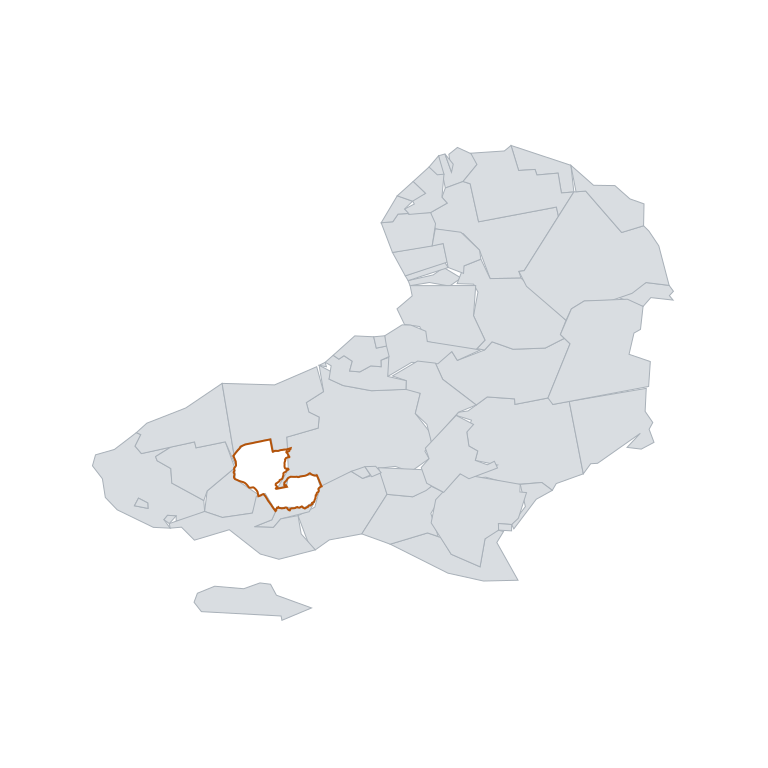 location of Zambia within Africa, rotated 79°
{"feature_id": "ZMB", "entity_name": "Zambia", "entity_type": "country or territory", "adm_level": 0, "iso_a3": "ZMB", "parent_name": "Africa", "parent_adm1": "", "projection": "equal_earth", "projection_center": [28.807, -13.118], "detail": "fine", "context": "in_parent", "style": "outline", "palette": "amber", "viewbox_px": 768, "rotation_deg": 79, "n_neighbors": 49, "source": "natural_earth", "source_scale": "50m", "svg_char_len": 14595}
<svg xmlns="http://www.w3.org/2000/svg" viewBox="0 0 768 768"><g transform="rotate(79 384 384)"><path d="M492.9,402.1L526.9,434.4L526.6,467.4L533.7,483.1L528.5,488.1L496.8,493.5L491.7,475.4L472.5,466.1L465.3,450.4L463.5,432.9L472.6,423.0L470.5,403.7L492.9,402.1Z" fill="#d9dde1" stroke="#a8b0b8" stroke-width="1"/><path d="M231.7,161.0L230.3,173.4L210.2,172.9L208.0,194.0L202.2,194.8L200.1,211.1L174.1,213.8L205.0,158.8L231.7,161.0Z" fill="#d9dde1" stroke="#a8b0b8" stroke-width="1"/><path d="M463.5,432.9L472.5,466.1L459.6,467.7L457.3,495.8L465.3,499.1L465.8,508.4L449.6,494.2L417.6,489.7L414.7,457.0L404.2,454.0L397.3,463.1L387.4,463.8L379.9,444.8L353.3,444.1L362.3,432.9L368.7,437.0L377.7,424.5L388.2,397.6L394.1,357.4L400.1,350.2L418.9,358.9L439.8,348.3L450.9,348.5L457.7,356.7L465.9,354.0L475.3,374.8L467.0,388.7L463.5,432.9Z" fill="#d9dde1" stroke="#a8b0b8" stroke-width="1"/><path d="M542.4,408.5L538.5,369.7L545.8,357.2L564.0,350.5L581.8,324.6L555.3,314.4L548.0,302.4L551.6,294.8L561.1,303.5L602.2,289.9L596.4,323.9L581.9,357.3L542.4,408.5Z" fill="#d9dde1" stroke="#a8b0b8" stroke-width="1"/><path d="M526.9,434.4L492.9,402.1L500.2,377.3L493.5,357.0L501.8,346.1L520.0,362.7L544.0,359.9L538.5,369.7L542.4,408.5L526.9,434.4Z" fill="#d9dde1" stroke="#a8b0b8" stroke-width="1"/><path d="M432.9,322.6L428.1,318.8L425.9,316.3L426.5,306.6L416.4,285.1L423.5,258.7L429.0,259.3L429.1,222.2L436.3,222.2L436.4,205.5L510.2,205.5L514.6,233.9L520.5,239.1L510.8,247.9L507.5,276.8L494.9,301.9L493.2,318.7L485.2,288.0L476.4,309.0L467.7,304.8L461.1,312.5L447.0,311.9L436.2,305.0L428.6,319.2L432.9,322.6Z" fill="#d9dde1" stroke="#a8b0b8" stroke-width="1"/><path d="M429.0,225.7L429.0,259.3L423.5,258.7L416.4,285.1L422.2,297.5L390.6,325.5L373.3,329.6L365.1,311.2L374.8,307.5L369.8,278.8L363.2,269.9L374.5,250.7L379.5,218.9L373.6,198.3L380.0,193.7L429.0,225.7Z" fill="#d9dde1" stroke="#a8b0b8" stroke-width="1"/><path d="M384.5,636.4L387.3,632.4L397.5,640.2L406.0,635.4L405.2,605.2L411.7,622.1L416.1,621.3L426.3,609.4L440.8,611.2L464.0,583.1L474.9,584.4L479.4,602.0L478.7,614.1L473.8,613.2L471.6,621.5L475.2,625.9L484.7,621.4L480.7,637.8L456.6,669.9L442.2,679.2L423.3,678.5L408.7,685.8L398.5,680.7L396.8,661.1L384.5,636.4ZM461.1,639.4L455.7,638.6L449.2,646.8L455.9,652.2L461.1,639.4Z" fill="#d9dde1" stroke="#a8b0b8" stroke-width="1"/><path d="M461.1,639.4L455.9,652.2L449.2,646.8L455.7,638.6L461.1,639.4Z" fill="#d9dde1" stroke="#a8b0b8" stroke-width="1"/><path d="M474.9,584.4L455.2,578.0L437.8,546.5L449.0,548.2L469.4,527.6L485.6,537.8L484.2,568.1L474.9,584.4Z" fill="#d9dde1" stroke="#a8b0b8" stroke-width="1"/><path d="M464.0,583.1L440.8,611.2L426.3,609.4L416.1,621.3L411.7,622.1L405.2,605.2L404.7,581.0L410.8,580.7L410.5,550.8L437.8,546.5L455.2,578.0L464.0,583.1Z" fill="#d9dde1" stroke="#a8b0b8" stroke-width="1"/><path d="M404.7,581.0L406.0,635.4L397.5,640.2L387.3,632.4L384.5,636.4L377.2,624.3L369.7,583.2L352.5,542.8L436.6,545.1L410.5,550.8L410.8,580.7L404.7,581.0Z" fill="#d9dde1" stroke="#a8b0b8" stroke-width="1"/><path d="M170.9,276.5L165.8,266.8L176.4,252.1L186.3,250.9L200.3,267.8L203.3,286.4L170.4,286.9L169.8,280.3L189.0,277.3L170.9,276.5Z" fill="#d9dde1" stroke="#a8b0b8" stroke-width="1"/><path d="M203.3,286.4L200.3,267.8L203.9,261.2L242.8,260.2L243.2,181.0L252.6,180.8L299.5,224.8L299.2,230.1L306.2,229.3L300.8,259.7L270.8,264.7L251.5,277.5L241.5,304.1L224.6,305.6L218.5,287.5L211.7,291.5L203.3,286.4Z" fill="#d9dde1" stroke="#a8b0b8" stroke-width="1"/><path d="M174.1,213.8L200.1,211.1L202.2,194.8L208.0,194.0L210.2,172.9L230.3,173.4L231.7,161.0L252.6,180.8L243.2,181.0L242.8,260.2L203.9,261.2L200.3,267.8L186.3,250.9L174.0,254.8L178.2,221.4L174.1,213.8Z" fill="#d9dde1" stroke="#a8b0b8" stroke-width="1"/><path d="M292.4,339.6L287.1,340.6L286.3,314.8L281.0,303.3L294.7,288.1L300.4,301.0L293.0,320.2L292.4,339.6Z" fill="#d9dde1" stroke="#a8b0b8" stroke-width="1"/><path d="M373.6,198.3L379.5,218.9L374.5,250.7L363.2,269.9L369.8,278.8L367.0,286.0L360.2,276.5L334.1,283.1L311.7,274.2L303.1,277.0L299.4,293.1L283.3,282.9L279.9,265.1L300.8,259.7L306.2,229.3L356.2,193.2L369.1,201.4L373.6,198.3Z" fill="#d9dde1" stroke="#a8b0b8" stroke-width="1"/><path d="M292.4,339.6L304.9,275.2L334.1,283.1L360.2,276.5L369.4,289.4L350.6,333.4L334.4,338.0L329.5,352.5L312.7,356.9L302.9,339.5L292.4,339.6Z" fill="#d9dde1" stroke="#a8b0b8" stroke-width="1"/><path d="M369.0,282.8L374.8,307.5L365.1,311.2L374.4,327.2L368.0,352.8L377.3,378.9L336.8,374.1L329.4,354.9L331.3,346.4L340.2,332.9L350.6,333.4L369.0,282.8Z" fill="#d9dde1" stroke="#a8b0b8" stroke-width="1"/><path d="M281.9,298.8L287.1,340.6L281.9,342.5L275.8,301.3L281.9,298.8Z" fill="#d9dde1" stroke="#a8b0b8" stroke-width="1"/><path d="M276.4,298.6L281.9,342.5L256.5,350.6L257.4,299.1L276.4,298.6Z" fill="#d9dde1" stroke="#a8b0b8" stroke-width="1"/><path d="M224.6,305.6L236.4,302.8L257.7,310.4L256.5,350.6L225.2,356.0L226.4,344.4L219.9,337.8L224.6,305.6Z" fill="#d9dde1" stroke="#a8b0b8" stroke-width="1"/><path d="M189.5,285.1L211.7,291.5L218.5,287.5L224.6,305.6L222.3,327.3L216.2,330.5L213.1,319.9L208.2,321.6L204.8,306.9L190.8,316.8L179.6,298.4L189.5,285.1Z" fill="#d9dde1" stroke="#a8b0b8" stroke-width="1"/><path d="M170.4,286.9L189.5,285.1L188.8,291.8L179.6,298.4L170.4,286.9Z" fill="#d9dde1" stroke="#a8b0b8" stroke-width="1"/><path d="M221.2,327.3L219.9,337.8L226.4,344.4L225.2,356.0L201.8,335.1L210.0,321.1L216.2,330.5L221.2,327.3Z" fill="#d9dde1" stroke="#a8b0b8" stroke-width="1"/><path d="M190.8,316.8L204.8,306.9L210.0,321.1L201.8,335.1L190.8,316.8Z" fill="#d9dde1" stroke="#a8b0b8" stroke-width="1"/><path d="M241.5,304.1L249.7,279.6L270.8,264.7L279.9,265.1L283.3,282.9L290.6,284.8L281.9,298.8L257.4,299.1L257.7,310.4L241.5,304.1Z" fill="#d9dde1" stroke="#a8b0b8" stroke-width="1"/><path d="M450.9,348.5L431.8,349.6L418.9,358.9L400.1,350.2L393.5,363.5L385.0,361.5L377.7,374.2L367.9,346.6L373.3,329.6L390.6,325.5L422.2,297.5L425.9,316.3L450.9,348.5Z" fill="#d9dde1" stroke="#a8b0b8" stroke-width="1"/><path d="M393.5,363.5L388.2,397.6L377.7,424.5L368.7,437.0L356.0,432.4L351.5,437.6L346.1,428.4L351.0,423.6L348.6,417.9L355.6,410.8L364.7,415.3L367.5,405.4L363.7,393.5L366.5,383.5L360.1,382.5L358.8,374.2L377.3,378.9L385.0,361.5L393.5,363.5Z" fill="#d9dde1" stroke="#a8b0b8" stroke-width="1"/><path d="M347.2,374.3L358.0,373.7L360.1,382.5L366.5,383.5L363.7,393.5L367.5,405.4L364.7,415.3L355.6,410.8L348.6,417.9L351.0,423.6L346.1,428.4L331.2,403.5L335.7,385.1L347.3,384.7L347.2,374.3Z" fill="#d9dde1" stroke="#a8b0b8" stroke-width="1"/><path d="M336.8,374.1L347.2,374.3L347.3,384.7L335.7,385.1L336.8,374.1Z" fill="#d9dde1" stroke="#a8b0b8" stroke-width="1"/><path d="M485.4,473.8L495.1,481.8L496.7,511.1L503.7,519.9L499.4,538.6L495.9,520.0L484.8,512.3L490.0,484.9L485.4,473.8Z" fill="#d9dde1" stroke="#a8b0b8" stroke-width="1"/><path d="M496.8,493.5L515.4,493.9L533.7,483.1L536.0,520.6L527.3,537.9L497.5,563.7L501.1,599.9L485.9,610.1L484.7,621.4L480.0,621.4L474.9,584.4L484.2,568.1L485.6,537.8L469.8,530.7L468.8,521.5L488.1,514.5L495.9,520.0L499.4,538.6L503.7,519.9L496.7,511.1L496.8,493.5Z" fill="#d9dde1" stroke="#a8b0b8" stroke-width="1"/><path d="M480.0,621.4L475.2,625.9L471.6,621.5L473.8,613.2L480.0,621.4Z" fill="#d9dde1" stroke="#a8b0b8" stroke-width="1"/><path d="M351.5,437.6L356.1,437.2L353.3,444.1L351.5,437.6ZM354.2,446.8L379.9,444.8L387.4,463.8L397.3,463.1L404.2,454.0L414.7,457.0L417.6,489.7L429.5,491.1L429.6,505.4L416.4,505.3L416.4,532.4L424.9,544.7L352.5,542.8L364.0,491.6L354.2,446.8Z" fill="#d9dde1" stroke="#a8b0b8" stroke-width="1"/><path d="M470.8,414.8L472.6,423.0L463.5,432.9L461.5,418.5L470.8,414.8Z" fill="#d9dde1" stroke="#a8b0b8" stroke-width="1"/><path d="M590.0,497.9L596.5,529.3L592.1,529.3L572.6,606.7L562.0,612.1L553.8,607.1L550.2,588.8L558.2,560.8L555.6,543.7L558.9,533.6L570.8,529.9L590.0,497.9Z" fill="#d9dde1" stroke="#a8b0b8" stroke-width="1"/><path d="M169.8,280.3L181.4,274.1L189.0,277.3L169.8,280.3Z" fill="#d9dde1" stroke="#a8b0b8" stroke-width="1"/><path d="M343.8,137.4L334.4,107.4L341.6,85.3L348.2,82.2L351.7,87.0L356.8,84.2L350.1,105.6L357.3,114.9L343.8,137.4Z" fill="#d9dde1" stroke="#a8b0b8" stroke-width="1"/><path d="M231.7,161.0L233.1,149.2L280.6,121.8L278.2,99.0L284.4,94.8L300.8,87.9L341.6,85.3L334.4,107.4L342.3,123.1L345.3,144.5L340.7,171.6L346.0,185.7L356.2,193.2L315.3,225.5L299.2,230.1L299.5,224.8L231.7,161.0Z" fill="#d9dde1" stroke="#a8b0b8" stroke-width="1"/><path d="M508.5,269.4L510.8,247.9L520.5,239.1L526.2,256.6L551.0,284.2L546.3,285.5L531.3,268.6L508.5,269.4Z" fill="#d9dde1" stroke="#a8b0b8" stroke-width="1"/><path d="M205.0,158.8L228.9,140.4L233.3,119.5L249.2,107.3L256.8,94.4L278.2,99.0L280.6,121.8L233.1,149.2L232.0,158.8L205.0,158.8Z" fill="#d9dde1" stroke="#a8b0b8" stroke-width="1"/><path d="M510.2,205.5L436.4,205.5L438.3,127.4L460.7,132.9L473.1,127.5L479.0,132.4L492.8,130.1L497.0,143.9L492.6,157.5L481.3,141.8L502.6,189.5L501.7,196.3L510.2,205.5Z" fill="#d9dde1" stroke="#a8b0b8" stroke-width="1"/><path d="M436.9,124.7L436.3,222.2L429.0,225.7L380.0,193.7L369.1,201.4L346.0,185.7L340.7,171.6L347.2,128.9L357.3,114.9L379.3,121.8L381.7,128.9L401.6,137.8L412.8,118.3L436.9,124.7Z" fill="#d9dde1" stroke="#a8b0b8" stroke-width="1"/><path d="M581.8,324.6L564.0,350.5L529.3,364.2L507.4,355.3L486.7,326.4L508.5,269.4L515.9,271.2L517.8,264.8L541.4,277.7L546.3,285.5L542.8,298.3L549.3,299.4L555.3,314.4L581.8,324.6Z" fill="#d9dde1" stroke="#a8b0b8" stroke-width="1"/><path d="M546.3,285.5L552.5,286.8L549.3,299.4L542.8,298.3L546.3,285.5Z" fill="#d9dde1" stroke="#a8b0b8" stroke-width="1"/><path d="M492.9,402.1L465.1,405.5L475.8,361.1L493.5,357.0L496.6,363.0L500.2,377.3L492.9,402.1Z" fill="#d9dde1" stroke="#a8b0b8" stroke-width="1"/><path d="M470.5,403.7L472.7,413.7L461.5,418.5L463.2,407.9L470.5,403.7Z" fill="#d9dde1" stroke="#a8b0b8" stroke-width="1"/><path d="M473.1,363.4L465.9,354.0L454.8,355.6L428.6,319.2L440.8,303.8L447.0,311.9L461.1,312.5L467.7,304.8L476.4,309.0L483.0,298.0L480.9,290.4L488.1,288.6L493.2,318.7L486.7,326.4L501.8,346.1L489.6,361.0L473.1,363.4Z" fill="#d9dde1" stroke="#a8b0b8" stroke-width="1"/><path d="M470.2,528.7L469.2,528.7L467.6,528.7L465.9,528.7L464.4,529.2L463.1,529.9L461.6,530.9L461.1,531.3L460.8,531.7L460.5,532.1L460.4,533.0L460.4,534.4L460.3,535.4L459.8,536.3L457.5,537.4L456.0,538.3L454.6,539.4L453.5,540.8L452.7,542.5L451.5,544.6L450.2,546.4L448.9,548.4L447.4,549.1L446.1,548.9L444.5,548.1L443.3,548.0L442.4,548.5L441.6,548.3L440.8,547.5L440.2,547.2L439.7,547.4L439.0,547.4L437.8,547.0L436.7,545.6L436.1,545.1L435.7,544.8L434.4,544.6L431.6,544.3L431.3,544.4L430.1,544.7L428.6,545.0L427.3,545.3L425.9,545.7L424.7,544.3L423.2,542.7L421.7,540.9L420.6,539.5L420.1,538.7L419.1,537.6L418.4,537.1L418.1,536.8L417.4,534.0L416.9,531.4L416.9,529.4L416.9,526.7L416.9,524.0L416.8,521.2L416.8,518.5L416.8,515.7L416.7,513.0L416.7,510.3L416.7,507.5L416.7,506.2L418.1,506.2L419.8,506.2L421.5,506.2L423.4,506.2L425.3,506.2L427.2,506.2L428.5,506.2L428.9,506.2L429.3,506.1L429.3,505.8L428.8,504.4L428.8,504.0L428.9,503.1L429.1,502.3L429.4,501.2L429.5,500.6L429.2,498.6L429.2,497.5L429.3,496.3L429.3,495.2L429.3,494.5L429.4,494.1L429.5,493.5L429.6,492.8L429.7,492.5L429.7,492.2L429.6,491.7L429.5,490.6L429.3,489.0L429.2,487.9L429.4,488.0L429.9,488.1L430.1,488.6L430.3,489.2L430.6,489.3L431.5,489.6L431.8,490.1L432.0,491.2L431.8,491.8L431.6,492.2L431.8,492.6L432.4,492.9L432.7,492.8L433.7,492.0L434.1,491.9L434.6,491.8L435.0,491.6L436.3,491.2L437.0,491.1L437.4,490.8L437.6,490.8L437.8,491.1L437.7,491.8L437.6,492.5L437.9,493.8L438.0,494.4L438.5,494.8L438.8,495.0L439.1,495.5L439.8,495.4L441.3,496.1L441.7,496.4L442.4,496.7L442.8,496.8L444.4,497.0L444.9,497.2L446.0,497.4L446.9,497.4L447.5,497.3L447.9,497.1L448.1,496.9L448.3,496.7L448.4,496.1L448.7,494.7L448.9,494.3L449.2,494.1L449.6,494.0L449.8,494.2L450.1,495.7L451.3,497.1L451.7,498.3L452.0,499.3L452.2,499.5L452.7,499.9L453.4,500.0L454.1,500.0L455.4,500.8L456.5,501.3L457.2,501.7L457.6,502.0L457.8,502.6L458.0,502.9L458.2,504.0L458.5,504.8L458.9,504.9L459.2,505.0L459.6,505.5L459.9,506.0L460.4,507.2L460.8,508.0L461.0,508.8L461.4,509.3L462.0,509.5L462.6,509.6L462.9,509.3L463.8,508.9L464.4,508.5L464.9,508.3L465.1,508.4L465.3,508.7L465.4,509.4L465.5,509.7L465.9,510.1L466.3,509.9L466.4,509.5L466.4,509.3L466.4,507.6L466.4,506.1L466.4,504.7L466.4,503.0L466.4,501.5L466.4,500.2L466.4,498.9L466.1,499.0L465.7,499.3L464.9,499.3L464.6,499.6L464.5,499.9L464.5,500.3L464.5,500.9L464.4,501.2L464.1,501.3L463.5,501.1L462.5,500.8L461.7,500.6L461.2,499.8L460.4,498.6L459.9,498.0L458.6,496.8L458.4,496.6L458.0,496.0L457.7,495.0L457.5,494.4L457.4,493.9L457.2,493.2L457.5,492.1L458.0,490.0L458.3,488.4L458.4,487.3L459.0,486.2L459.1,485.1L458.8,483.8L458.9,483.1L458.9,481.3L459.0,479.7L459.0,479.0L458.8,477.6L458.4,476.2L457.5,474.2L457.5,473.7L458.0,473.3L458.9,472.4L459.3,471.9L459.8,471.2L460.0,470.9L460.5,470.0L460.8,469.2L460.9,468.3L460.7,467.4L461.2,467.2L462.7,466.9L464.4,466.5L466.2,466.1L468.1,465.8L469.8,465.4L471.4,465.1L472.6,464.8L472.7,465.5L473.1,466.5L473.5,467.3L473.9,467.9L474.4,468.3L474.6,468.5L476.4,468.4L477.0,468.8L477.6,469.3L477.7,470.1L478.1,470.6L478.5,471.0L478.9,471.0L479.4,471.0L479.8,471.1L480.0,471.3L480.0,472.0L480.2,472.3L480.8,472.4L481.4,472.4L482.0,472.9L482.6,473.0L483.3,473.1L483.7,473.6L484.4,474.1L485.4,474.6L486.1,475.1L486.4,475.3L486.4,475.5L486.6,476.0L486.8,476.3L486.8,476.7L486.9,477.2L487.2,477.3L487.4,477.3L487.6,477.0L487.9,477.0L488.2,477.2L488.3,477.7L488.5,478.3L488.9,478.8L489.2,479.2L489.1,480.0L488.9,480.7L489.4,481.5L490.1,482.1L490.3,482.4L490.3,483.4L490.4,483.8L490.9,484.6L491.1,485.2L491.1,485.5L489.8,487.2L489.5,487.3L489.1,487.4L488.7,487.7L488.5,488.1L488.6,488.3L488.7,488.9L489.0,489.7L489.3,490.4L489.1,491.2L488.6,492.5L488.3,492.6L488.3,493.6L488.4,494.0L488.7,494.3L488.8,494.9L488.8,495.9L488.7,496.6L488.4,498.6L489.0,500.2L489.2,500.4L489.9,500.4L490.1,500.6L489.9,501.1L489.5,501.5L489.3,501.8L488.3,502.4L486.9,503.0L486.6,503.6L486.4,504.5L486.6,505.0L486.8,505.3L486.7,506.1L486.6,506.9L486.6,507.5L486.6,508.1L486.4,508.4L486.1,509.2L485.8,510.1L485.6,510.5L485.2,510.9L484.6,511.2L484.7,511.4L485.3,511.8L485.5,512.1L485.4,512.4L485.2,512.7L485.5,512.9L485.9,513.2L486.2,513.7L486.5,514.5L486.6,514.8L486.8,514.9L487.0,514.8L487.4,514.4L487.7,514.2L488.0,514.8L486.6,515.4L485.9,515.8L483.9,516.7L482.1,517.5L481.6,517.6L480.7,518.0L480.2,518.3L478.6,519.0L478.0,519.3L477.4,519.6L476.1,520.2L474.8,520.6L473.5,521.1L471.9,521.7L471.1,522.1L470.5,522.5L469.1,523.2L469.1,523.3L469.1,523.8L469.3,524.8L469.6,525.7L469.9,526.2L470.1,527.6L470.2,528.7Z" fill="none" stroke="#b45309" stroke-width="2"/></g></svg>